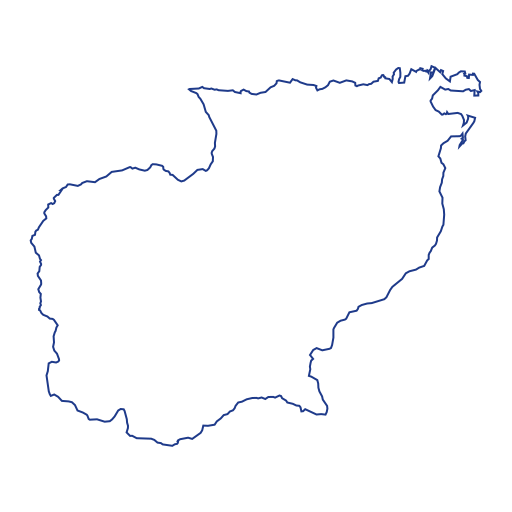 Belis, Cluj, Romania
{"feature_id": "2599482B26084310177875", "entity_name": "Belis", "entity_type": "district", "adm_level": 2, "iso_a3": "ROU", "parent_name": "Romania", "parent_adm1": "Cluj", "projection": "mercator", "projection_center": [22.964, 46.612], "detail": "fine", "context": "isolated", "style": "outline", "palette": "blue", "viewbox_px": 512, "rotation_deg": 0, "n_neighbors": 0, "source": "geoboundaries", "source_scale": "gbopen_adm2", "svg_char_len": 5865}
<svg xmlns="http://www.w3.org/2000/svg" viewBox="0 0 512 512"><path d="M162.7,444.4L172.3,445.8L174.8,444.3L177.1,443.8L177.8,442.9L178.1,441.4L177.6,441.2L178.0,440.4L180.2,439.2L188.1,437.7L192.2,438.9L200.6,432.9L202.2,430.3L203.3,425.6L208.0,425.8L214.6,424.7L216.8,421.4L220.8,418.4L223.7,415.1L227.5,414.1L229.9,411.5L233.0,410.3L234.6,408.3L235.6,405.8L238.2,402.5L241.9,401.7L246.7,399.3L252.3,398.0L256.6,397.9L258.1,398.4L261.6,397.5L265.3,399.0L268.3,397.0L273.2,396.9L275.1,397.6L279.5,395.5L281.1,396.1L282.1,398.2L286.1,400.6L287.3,402.5L292.8,403.8L296.3,405.5L299.3,405.8L300.5,407.3L301.4,411.4L303.1,411.2L305.2,409.2L316.5,414.5L321.2,414.1L325.5,414.6L326.7,412.1L327.4,408.7L327.1,405.9L322.8,399.6L322.1,396.4L319.4,391.4L318.4,387.7L318.2,383.5L317.3,380.1L311.2,376.6L308.9,375.9L310.3,369.2L309.9,366.6L310.6,362.8L311.2,360.6L313.1,358.9L310.0,355.0L313.2,350.0L316.6,348.1L322.3,350.3L329.5,348.8L331.0,348.0L332.1,345.0L333.4,337.7L333.4,329.4L334.0,328.0L337.2,322.7L340.6,320.7L344.9,319.6L346.2,318.7L349.4,312.3L356.6,310.7L357.9,308.9L358.5,306.8L361.8,305.0L367.2,303.5L371.7,303.1L384.3,299.2L386.4,297.3L390.2,289.9L392.4,286.8L402.1,278.9L405.8,273.3L409.4,271.3L416.0,269.6L419.2,267.6L424.2,265.9L427.2,260.4L428.7,259.0L428.7,254.9L429.6,252.7L430.8,251.1L432.2,247.6L434.9,245.5L436.0,243.8L437.0,240.5L437.1,237.5L440.8,231.3L442.4,226.5L443.4,224.8L444.2,214.7L443.8,209.2L442.3,203.6L442.5,197.7L439.4,191.4L440.1,187.1L441.8,182.7L442.1,179.3L443.3,176.0L443.4,172.7L445.3,168.1L443.4,164.3L441.5,162.8L440.3,158.5L438.4,156.3L440.9,148.2L441.1,145.5L443.5,143.2L447.6,140.8L451.1,136.4L459.9,136.2L461.0,135.6L462.5,133.6L462.9,137.6L461.7,138.7L462.9,139.3L462.8,140.1L459.7,145.0L459.4,146.6L462.4,143.3L463.4,143.3L464.5,141.2L465.6,140.3L465.2,136.3L465.8,133.5L473.3,123.0L474.3,121.3L475.1,117.8L467.8,115.6L468.2,116.4L468.1,118.8L466.6,122.6L463.0,125.5L463.8,123.0L464.0,120.0L462.3,115.9L461.1,114.1L457.7,112.9L448.3,114.0L447.1,112.2L446.7,113.7L445.9,114.2L444.3,113.4L442.7,114.6L441.8,114.6L438.8,111.6L435.6,110.1L433.1,106.6L430.6,101.5L430.6,100.6L432.1,98.6L432.8,95.4L437.9,90.3L440.4,86.9L445.2,89.6L448.3,89.0L450.7,90.5L463.1,91.3L465.8,89.7L468.9,89.1L470.9,91.0L474.6,90.1L474.3,95.6L478.3,95.5L478.3,93.0L477.4,91.5L480.1,92.1L481.3,90.9L480.0,88.9L479.5,84.8L480.0,82.0L477.8,80.0L474.2,73.7L473.0,73.6L472.9,74.9L469.1,74.6L468.8,78.0L467.3,77.9L466.9,76.2L464.4,75.6L464.5,74.4L464.2,73.8L465.3,73.5L464.8,71.5L460.9,71.3L458.8,72.6L457.3,74.2L450.6,76.7L449.9,81.4L445.8,78.4L442.3,74.1L443.1,71.0L441.0,70.1L440.2,72.2L435.4,67.9L432.3,76.1L430.0,78.5L431.0,72.4L433.1,72.7L435.2,67.8L431.5,66.2L430.7,69.0L428.8,71.4L428.5,72.9L428.2,72.5L428.7,71.0L427.5,70.3L427.3,71.7L426.3,71.5L426.4,70.7L423.7,70.9L422.2,70.3L422.6,68.8L420.3,68.2L419.9,69.6L419.1,69.5L416.1,71.2L416.0,71.8L411.3,69.2L409.6,73.6L408.0,75.8L405.4,76.2L404.2,82.6L399.0,83.0L398.5,81.9L399.1,79.2L400.3,76.9L400.4,73.0L399.8,68.2L398.3,68.0L396.1,69.5L393.7,72.7L394.0,74.3L392.6,76.5L392.7,79.0L391.9,82.1L389.4,79.0L385.3,78.3L385.2,77.2L383.9,76.7L383.7,75.5L383.1,75.0L381.9,75.3L380.7,77.6L378.7,78.3L377.9,80.9L373.5,81.7L371.2,83.8L368.9,84.2L367.5,85.1L363.3,84.3L358.2,85.5L356.9,86.2L355.4,85.5L355.2,82.8L352.2,81.4L346.3,80.4L339.8,82.8L333.4,80.5L329.8,81.7L328.0,85.2L325.4,87.3L322.3,88.9L319.6,89.3L317.4,90.4L316.0,87.7L316.4,86.0L313.5,85.0L307.2,84.6L300.2,82.3L297.1,80.4L295.4,80.3L292.6,79.1L290.0,82.7L278.9,80.4L277.2,80.9L276.8,81.1L276.5,83.3L274.2,85.8L270.6,87.3L265.5,92.0L260.5,92.8L256.4,94.5L251.6,93.9L249.4,92.6L249.0,91.5L246.3,91.1L243.6,89.6L241.0,91.0L240.6,91.6L240.6,93.2L234.9,92.0L232.8,90.3L227.9,90.9L218.5,90.2L216.7,89.4L214.6,89.7L211.3,88.5L209.8,89.0L204.0,88.2L202.3,86.9L198.8,88.5L189.6,89.0L189.0,89.3L191.0,91.0L196.3,93.1L197.5,94.1L198.7,97.0L200.3,98.7L203.6,104.3L205.8,111.9L208.7,115.1L209.3,117.1L216.3,130.7L216.4,133.9L214.9,142.9L215.1,146.4L214.4,148.6L212.3,151.0L211.7,152.6L211.7,153.7L213.0,157.0L212.8,161.3L210.7,164.3L208.9,168.3L207.1,170.3L205.8,170.9L202.7,169.1L197.4,169.9L193.2,173.9L184.2,180.6L181.3,181.4L177.9,179.8L172.6,174.9L170.3,174.7L169.6,172.9L168.4,171.4L165.7,170.9L163.9,169.7L163.4,169.0L163.2,166.8L162.1,165.8L156.3,164.4L152.7,164.2L151.4,165.1L150.2,167.4L147.4,170.0L144.8,170.7L139.2,169.4L135.3,167.7L132.4,168.6L130.5,167.1L129.8,167.1L122.1,170.4L111.7,171.9L106.3,176.5L99.4,179.0L95.0,182.2L86.9,181.2L82.2,183.0L81.0,184.4L77.8,185.9L69.9,184.3L67.7,184.5L66.0,187.0L62.6,188.4L60.8,190.0L61.7,190.0L58.4,194.9L56.9,194.9L53.8,197.9L53.8,198.7L55.2,201.1L54.2,203.2L52.6,204.0L51.1,203.1L48.2,204.5L48.3,207.5L45.7,210.1L44.3,212.3L44.3,213.4L46.1,216.3L46.3,218.4L43.3,220.8L38.9,227.3L37.9,229.7L36.3,230.5L35.4,231.7L35.0,234.8L32.4,235.9L31.8,238.9L30.7,240.4L31.2,242.8L34.4,246.6L35.8,252.7L39.0,255.4L40.0,258.9L41.0,260.1L40.0,261.6L41.1,263.9L41.1,264.9L39.7,266.9L39.3,271.2L37.6,273.5L37.9,275.9L41.0,280.5L41.2,283.4L41.1,284.5L38.3,289.2L39.2,292.1L40.8,293.9L40.4,297.7L41.0,301.4L40.3,303.3L40.9,305.1L39.7,306.8L39.8,307.8L39.1,308.6L39.0,309.9L40.1,310.4L41.4,313.0L43.2,314.8L47.4,316.5L49.8,318.6L52.6,318.9L53.9,319.8L57.7,325.3L56.4,327.5L55.6,330.9L54.8,332.3L53.6,336.3L54.0,342.4L53.1,346.8L54.3,350.6L57.0,353.7L59.0,359.1L59.1,360.4L58.3,361.5L56.1,362.5L51.8,361.8L48.7,363.4L47.8,371.2L46.5,375.4L48.8,391.4L49.8,394.2L50.8,395.9L54.2,394.5L58.1,396.8L61.9,400.9L68.6,401.4L71.9,402.2L75.0,405.1L77.5,410.5L82.8,412.5L86.7,414.7L87.4,415.6L88.7,419.0L89.8,419.7L97.0,419.3L104.7,421.7L109.8,421.2L112.1,419.4L114.6,416.5L118.2,410.5L120.7,409.0L123.7,409.3L124.6,411.0L126.8,419.2L127.1,422.7L128.0,425.8L127.9,428.1L126.6,432.4L130.1,435.9L132.2,435.8L136.7,438.2L151.2,438.7L154.3,439.9L157.5,442.6L160.9,443.1L162.7,444.4Z" fill="none" stroke="#1e3a8a" stroke-width="2"/></svg>